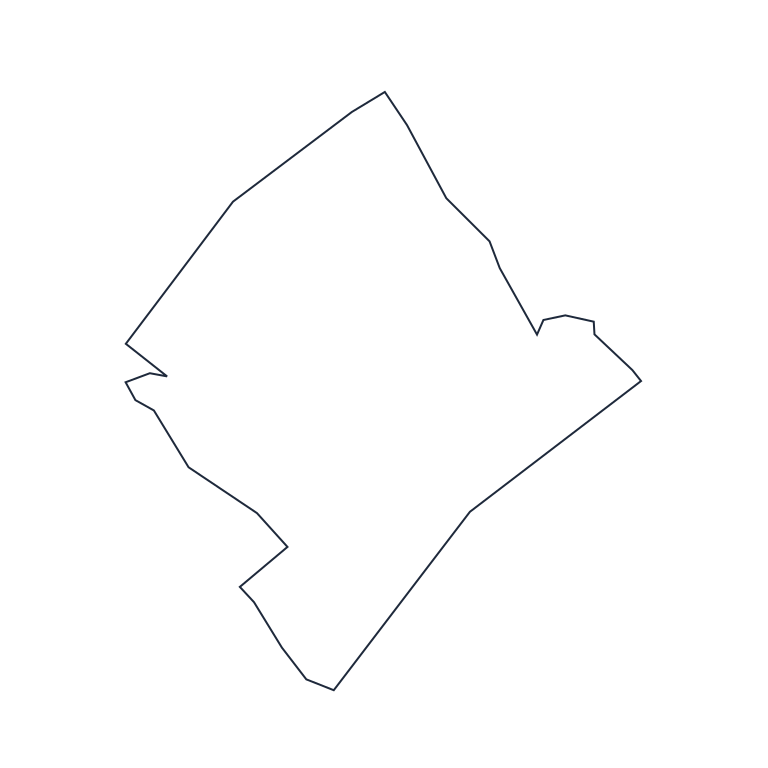 Smyth, Virginia, United States of America, rotated 254°
{"feature_id": "52423323B4089345148618", "entity_name": "Smyth", "entity_type": "district", "adm_level": 2, "iso_a3": "USA", "parent_name": "United States of America", "parent_adm1": "Virginia", "projection": "equal_earth", "projection_center": [-81.553, 36.826], "detail": "fine", "context": "isolated", "style": "outline", "palette": "slate", "viewbox_px": 768, "rotation_deg": 254, "n_neighbors": 0, "source": "geoboundaries", "source_scale": "gbopen_adm2", "svg_char_len": 550}
<svg xmlns="http://www.w3.org/2000/svg" viewBox="0 0 768 768"><g transform="rotate(254 384 384)"><path d="M103.5,251.3L197.6,377.7L237.5,431.4L316.0,631.9L328.9,626.6L373.7,600.0L386.1,602.8L400.0,577.2L401.6,554.9L389.3,544.7L463.5,527.2L492.0,524.8L545.4,495.1L626.5,477.5L664.5,465.3L654.4,428.2L600.9,289.1L549.7,221.2L493.8,146.9L451.1,177.6L458.9,161.9L456.9,136.1L437.0,140.6L422.0,155.5L357.8,173.2L294.9,226.3L254.0,246.3L228.7,189.5L210.1,198.9L158.7,213.2L121.5,227.9L103.5,251.3Z" fill="none" stroke="#1e293b" stroke-width="2"/></g></svg>